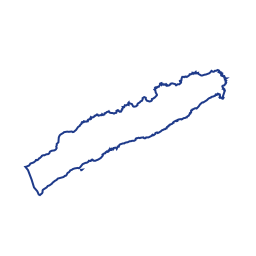 South Maewo, Penama, Vanuatu (Equal Earth projection), rotated 248°
{"feature_id": "77236927B86135291775280", "entity_name": "South Maewo", "entity_type": "district", "adm_level": 2, "iso_a3": "VUT", "parent_name": "Vanuatu", "parent_adm1": "Penama", "projection": "equal_earth", "projection_center": [168.149, -15.259], "detail": "fine", "context": "isolated", "style": "outline", "palette": "blue", "viewbox_px": 256, "rotation_deg": 248, "n_neighbors": 0, "source": "geoboundaries", "source_scale": "gbopen_adm2", "svg_char_len": 5996}
<svg xmlns="http://www.w3.org/2000/svg" viewBox="0 0 256 256"><g transform="rotate(248 128 128)"><path d="M98.8,21.2L99.7,23.9L100.3,24.6L102.2,25.5L102.6,26.1L103.4,30.4L104.3,31.8L104.2,33.7L104.9,36.6L105.5,37.5L106.4,40.5L106.6,42.4L107.4,43.9L106.7,49.9L107.3,51.5L107.0,52.3L107.3,53.2L109.0,55.2L109.1,56.5L109.7,57.8L110.3,58.5L110.3,60.5L110.6,61.5L110.5,63.4L109.8,66.5L109.2,67.2L109.1,67.7L109.4,68.7L111.5,72.4L111.6,75.6L111.3,76.6L111.3,77.3L111.6,78.7L112.3,79.4L111.4,81.0L111.6,81.7L112.2,82.2L112.1,83.1L111.7,83.4L111.2,83.3L110.6,83.8L109.9,85.2L109.9,88.7L110.4,91.5L111.6,93.9L112.0,94.4L112.9,94.4L113.0,95.2L113.3,95.6L113.1,97.5L113.7,97.8L114.1,99.1L114.2,99.5L113.7,99.6L113.4,100.3L113.8,100.7L113.7,101.3L114.5,101.6L114.7,102.5L115.1,102.9L114.8,103.2L114.2,103.0L114.2,103.3L114.6,103.5L114.1,103.6L114.0,103.9L114.7,104.0L115.0,105.4L114.6,106.0L113.7,106.1L114.1,106.8L114.8,107.4L114.5,109.0L113.9,109.6L112.9,109.7L114.0,110.9L114.2,111.5L114.7,111.6L114.7,111.9L114.2,112.5L115.5,113.6L115.8,114.6L115.6,117.5L115.1,118.8L115.4,119.7L115.3,120.9L114.9,122.3L115.1,124.4L114.6,126.0L114.6,127.0L113.9,128.8L113.9,129.5L114.2,130.6L115.0,131.0L115.4,131.9L115.1,132.3L115.0,134.2L114.2,135.2L114.2,136.3L113.5,138.8L112.8,138.9L112.3,139.4L112.0,140.4L112.5,141.3L111.6,143.4L111.9,147.3L112.0,147.7L112.5,147.9L112.6,148.4L112.2,148.7L111.8,148.6L111.7,149.1L112.3,151.1L113.0,151.5L113.1,152.0L113.0,153.3L112.2,153.6L112.2,154.7L112.6,157.1L113.2,158.8L113.1,160.2L113.3,160.8L113.0,162.2L113.4,162.5L113.4,163.1L113.2,163.7L114.3,164.5L114.3,166.0L114.8,166.1L115.2,167.3L115.0,167.7L115.5,168.3L115.3,170.0L115.5,170.9L115.9,171.4L115.8,172.0L116.3,172.1L116.6,172.9L116.8,175.3L116.3,175.6L116.5,176.0L116.1,176.0L116.0,176.5L116.9,177.4L116.9,178.4L116.5,180.1L115.9,180.8L116.1,181.4L115.9,181.7L116.3,183.1L115.9,184.9L116.1,185.8L115.8,186.5L116.4,187.1L116.7,189.0L117.8,190.3L118.0,191.1L118.6,191.0L118.8,191.3L118.9,192.4L120.5,193.0L120.7,193.4L120.5,194.1L121.1,194.7L120.9,195.6L121.2,197.0L120.9,198.5L120.4,198.8L120.4,199.1L121.6,201.7L122.9,203.6L123.8,206.1L123.8,206.8L123.5,207.2L124.2,211.4L125.0,213.4L125.3,214.8L125.1,216.1L125.6,217.0L125.3,218.6L125.3,220.9L125.9,221.5L125.6,222.1L126.0,222.2L125.8,222.5L126.0,223.3L125.7,223.2L125.4,223.7L125.9,224.0L125.9,224.5L124.7,225.7L122.6,225.1L122.2,224.3L121.5,224.5L121.1,226.0L119.9,226.4L119.6,226.9L120.3,228.0L121.6,227.7L122.1,228.1L125.0,230.6L126.0,231.2L126.2,231.8L126.9,231.8L127.3,231.4L127.7,231.7L128.4,231.0L128.5,231.6L130.0,231.0L131.4,231.1L131.7,232.0L131.5,233.4L132.3,234.4L132.6,235.4L133.6,235.6L133.7,236.1L134.7,235.9L135.0,236.1L135.2,236.7L136.5,235.9L137.0,236.4L137.2,237.7L137.5,237.0L138.3,236.8L138.6,236.1L139.3,236.2L139.2,236.7L140.1,236.7L140.7,235.1L141.8,234.1L142.1,234.2L142.3,235.1L143.3,234.6L143.3,235.2L143.6,235.0L143.8,235.4L144.8,234.2L145.2,234.2L145.3,233.5L145.4,233.4L145.5,234.2L146.1,233.5L146.7,233.4L147.1,233.9L147.7,233.5L147.9,232.6L148.2,232.5L148.0,231.3L148.5,230.0L148.1,229.2L148.1,228.4L148.4,227.8L149.7,226.8L148.9,225.5L148.3,223.9L148.4,220.1L148.7,219.3L148.9,216.3L149.3,215.5L151.5,213.8L152.5,213.2L152.9,213.5L153.0,213.0L152.8,212.5L153.3,211.1L153.7,211.7L154.6,211.8L154.1,210.3L154.1,208.8L154.9,208.9L155.1,208.5L154.2,208.2L154.5,207.9L154.2,206.3L154.7,205.7L154.7,205.3L154.2,205.0L153.7,203.8L153.3,201.7L153.7,201.5L154.1,200.8L153.9,200.5L154.3,199.8L154.1,199.1L154.6,198.7L155.1,197.5L153.8,196.2L152.3,195.5L152.1,195.1L152.3,194.1L152.2,193.7L151.7,193.7L150.9,194.5L150.2,194.2L149.3,192.0L150.0,190.2L149.5,188.9L149.6,188.5L151.0,188.2L152.9,185.6L153.1,184.0L152.5,183.7L152.1,181.9L152.3,181.1L152.6,180.9L152.5,179.9L153.4,179.5L154.0,180.0L154.4,179.8L154.1,179.3L154.4,179.3L154.3,178.5L154.6,177.9L155.1,177.7L154.8,177.2L155.4,176.3L155.8,176.2L155.4,175.4L156.1,175.4L156.2,176.0L157.1,176.0L157.2,174.5L156.9,174.1L156.0,174.0L155.4,172.8L154.7,172.1L155.1,170.8L154.7,170.6L154.5,169.4L155.3,169.1L155.4,168.6L155.2,168.2L154.9,168.3L154.7,169.0L154.3,168.9L153.8,166.9L152.5,167.4L150.6,167.0L148.0,167.3L147.5,167.0L146.1,163.9L146.2,163.5L145.8,162.6L145.9,161.0L144.6,160.4L144.3,159.3L144.5,157.9L146.3,155.7L148.1,155.3L149.4,155.8L150.6,154.6L150.2,152.7L149.2,152.4L148.0,151.1L148.0,149.6L147.4,148.7L147.0,146.3L146.4,145.5L145.6,145.3L145.1,143.5L145.4,141.9L145.8,141.1L146.4,140.8L148.7,140.6L150.8,138.2L151.4,138.3L151.1,137.7L150.3,137.7L149.1,137.2L150.0,136.2L149.6,134.9L150.3,133.6L149.1,132.6L149.2,132.1L148.9,132.0L149.4,131.0L148.6,131.0L147.9,129.7L147.2,129.6L146.9,128.6L145.9,127.9L145.8,127.6L146.1,126.5L146.5,126.4L146.9,125.9L148.0,125.7L148.4,125.2L148.3,124.3L148.0,124.2L148.1,123.7L147.4,123.5L146.5,122.8L146.8,121.8L146.6,120.4L147.5,119.6L148.4,117.7L149.3,116.7L150.6,116.5L150.4,116.1L150.7,115.3L150.7,114.1L150.3,113.4L150.4,111.9L149.4,111.3L149.4,110.5L149.9,109.5L150.1,109.4L149.7,109.2L150.3,108.5L149.9,108.0L150.2,107.5L150.5,105.2L151.9,104.8L152.2,104.3L151.7,103.6L151.9,102.8L151.6,102.3L151.8,101.7L151.5,101.6L151.0,100.2L151.0,99.5L151.4,98.7L151.0,98.0L152.0,97.6L151.5,97.0L150.2,96.8L150.2,96.1L150.7,95.4L150.5,94.8L150.6,94.1L149.9,93.7L150.0,93.2L149.8,93.0L149.3,93.0L149.6,91.4L150.6,89.9L150.2,89.8L150.0,89.4L150.6,87.9L150.0,87.8L150.0,86.8L149.4,86.5L148.7,84.7L148.1,84.2L147.6,82.0L145.7,79.2L144.7,76.1L144.9,75.2L145.8,74.6L146.7,71.5L147.4,70.3L148.1,67.1L147.7,66.2L147.2,63.0L146.8,62.0L146.0,61.1L145.2,60.3L140.8,58.1L139.9,55.9L138.7,55.5L137.5,54.4L136.2,54.4L135.2,53.2L134.8,51.5L135.5,48.7L135.3,46.7L134.0,45.5L133.7,44.2L134.2,42.4L134.0,40.2L134.5,39.3L134.5,37.7L134.1,37.4L133.2,35.2L133.1,33.9L132.5,33.3L132.3,32.7L132.2,31.8L132.8,31.0L132.8,30.6L132.2,30.2L131.4,27.6L131.6,24.2L130.3,22.4L130.2,19.2L130.4,18.3L126.4,19.5L116.3,19.3L108.1,18.6L103.3,20.2L99.8,20.3L98.8,21.2ZM106.7,68.8L106.4,68.8L106.3,69.2L106.5,69.7L106.7,68.8Z" fill="none" stroke="#1e3a8a" stroke-width="2"/></g></svg>